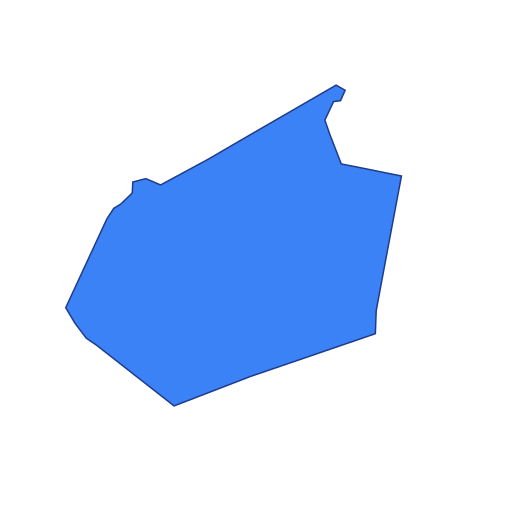 the district of Madeinat Kassala, Kassala, Sudan, rotated 226°
{"feature_id": "16777658B62122659764533", "entity_name": "Madeinat Kassala", "entity_type": "district", "adm_level": 2, "iso_a3": "SDN", "parent_name": "Sudan", "parent_adm1": "Kassala", "projection": "equal_earth", "projection_center": [36.396, 15.436], "detail": "fine", "context": "isolated", "style": "filled", "palette": "blue", "viewbox_px": 512, "rotation_deg": 226, "n_neighbors": 0, "source": "geoboundaries", "source_scale": "gbopen_adm2", "svg_char_len": 490}
<svg xmlns="http://www.w3.org/2000/svg" viewBox="0 0 512 512"><g transform="rotate(226 256 256)"><path d="M212.5,416.2L263.0,381.3L292.2,393.6L305.9,399.9L313.2,419.1L309.0,424.7L313.3,435.2L323.3,432.3L349.9,325.3L358.9,288.6L373.4,236.7L388.2,230.5L394.8,218.8L387.3,210.8L387.3,194.9L389.1,186.8L386.3,174.5L351.0,83.2L333.5,79.1L314.7,76.8L302.7,79.3L205.1,92.9L173.4,167.9L117.2,287.9L133.1,304.4L150.7,329.1L212.5,416.2Z" fill="#3b82f6" stroke="#1e3a8a" stroke-width="1.5"/></g></svg>